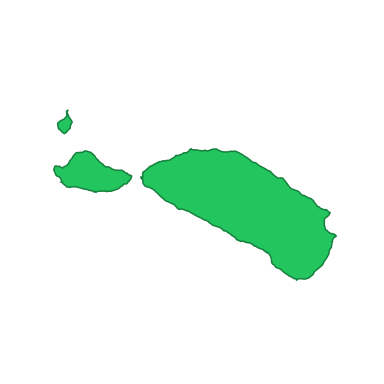 Nguna, Shefa, Vanuatu, rotated 151°
{"feature_id": "77236927B53678457839449", "entity_name": "Nguna", "entity_type": "district", "adm_level": 2, "iso_a3": "VUT", "parent_name": "Vanuatu", "parent_adm1": "Shefa", "projection": "orthographic", "projection_center": [168.363, -17.466], "detail": "fine", "context": "isolated", "style": "filled", "palette": "green", "viewbox_px": 384, "rotation_deg": 151, "n_neighbors": 0, "source": "geoboundaries", "source_scale": "gbopen_adm2", "svg_char_len": 5986}
<svg xmlns="http://www.w3.org/2000/svg" viewBox="0 0 384 384"><g transform="rotate(151 192 192)"><path d="M91.0,128.2L92.8,130.4L93.2,130.6L93.8,131.4L94.1,132.3L94.8,133.1L95.2,134.2L96.2,135.0L96.6,135.2L97.1,135.9L97.7,137.1L98.1,139.5L98.8,141.2L102.0,145.0L102.8,145.7L103.8,147.3L104.4,149.3L104.9,154.1L105.6,158.4L105.9,159.2L105.9,160.1L106.2,160.5L106.9,160.7L107.5,161.4L108.9,161.8L109.3,162.1L109.9,162.4L110.5,163.2L112.5,167.7L113.0,170.1L113.7,172.5L114.5,173.4L115.2,173.8L116.3,176.1L117.1,177.5L120.4,182.4L121.7,185.6L122.1,186.7L124.5,188.6L125.8,192.1L127.2,195.3L128.4,197.3L130.1,200.7L132.8,204.9L134.7,207.0L136.7,207.8L138.2,208.8L141.7,209.9L144.5,211.5L146.3,212.8L148.5,215.6L149.9,217.9L150.3,218.1L151.3,218.3L152.5,219.3L154.4,219.6L154.9,219.8L156.3,219.9L158.9,220.4L160.4,222.3L162.1,222.5L162.6,222.8L166.1,225.2L167.3,226.4L171.4,228.8L171.5,229.5L171.8,230.2L172.9,230.2L173.7,230.0L174.6,229.5L176.3,229.0L178.2,229.2L180.4,230.3L182.5,230.0L186.4,230.7L187.5,231.1L188.1,231.8L188.4,231.8L188.9,231.6L189.3,231.2L190.0,231.0L196.4,230.8L199.5,232.1L201.0,232.3L201.4,232.9L202.9,233.6L204.3,233.6L205.0,233.9L205.5,234.3L206.9,234.3L208.3,234.6L210.4,234.4L211.8,234.7L212.4,234.4L213.2,234.4L216.9,234.8L218.1,234.3L220.0,233.9L222.3,233.3L223.8,233.2L224.3,233.3L225.0,233.1L226.1,232.3L227.2,230.1L227.8,229.3L228.3,228.2L228.7,228.0L229.0,229.6L229.3,229.9L229.5,229.9L229.8,229.4L229.7,227.9L229.2,226.8L229.2,226.4L229.5,225.7L230.5,223.7L230.6,222.3L230.2,220.3L229.4,218.9L228.1,217.5L227.3,217.0L225.4,214.3L224.1,211.7L223.2,208.8L222.8,207.8L221.5,202.9L220.5,200.6L219.6,197.6L218.6,196.1L217.7,195.2L216.9,193.9L215.6,192.3L214.4,190.4L213.8,189.8L213.3,188.2L212.7,184.9L212.2,183.7L211.6,183.0L211.0,182.7L209.6,182.4L207.9,180.9L207.3,179.9L206.2,178.9L205.7,177.9L205.3,177.5L204.8,177.5L204.2,177.0L203.3,174.8L202.7,174.0L199.6,168.8L196.4,164.4L194.9,161.8L192.6,159.3L192.2,158.7L192.2,157.9L192.0,157.4L190.2,153.4L189.5,152.4L187.3,150.1L185.3,147.9L184.2,146.4L182.9,142.5L182.6,142.2L181.6,142.0L180.3,139.4L179.8,138.0L179.4,137.7L179.0,137.2L178.1,134.2L177.2,133.0L176.5,131.4L175.9,128.4L175.5,128.4L175.2,128.1L175.1,127.3L174.8,126.9L174.2,126.5L173.2,125.0L172.3,124.8L171.3,123.9L170.6,123.8L170.1,123.3L169.6,122.0L168.8,121.8L168.4,121.0L167.4,120.3L166.9,119.8L166.2,119.7L165.8,119.4L165.4,118.3L164.8,117.6L164.7,117.0L164.2,116.2L164.2,115.7L163.5,114.3L162.5,113.5L162.1,112.6L159.9,109.4L157.7,107.4L157.6,106.0L157.6,105.9L156.9,105.6L156.8,105.4L156.8,104.8L156.9,104.6L156.9,104.2L155.9,103.7L155.9,102.3L155.7,102.2L155.1,102.2L154.9,102.0L154.5,98.9L154.6,97.0L155.3,94.2L156.1,92.7L156.5,91.6L156.5,90.3L156.2,89.4L155.5,88.4L155.2,85.7L155.0,85.2L154.4,84.5L153.0,83.1L151.5,80.5L150.8,77.7L148.1,72.4L147.8,71.5L146.3,69.8L145.6,68.0L144.7,66.9L143.2,65.6L143.1,65.4L143.3,65.1L143.3,64.4L143.2,64.2L142.4,64.3L142.0,64.5L140.1,64.1L138.5,63.3L137.5,62.3L135.0,60.9L131.5,60.2L126.5,61.1L125.4,61.6L124.6,62.3L123.6,62.9L122.7,63.2L118.7,63.8L117.3,64.2L116.2,64.3L113.5,64.9L112.3,65.5L110.3,67.1L105.7,69.3L104.1,70.4L103.2,70.9L102.2,71.7L101.9,72.4L101.5,72.7L100.7,73.9L99.7,74.5L98.7,75.4L97.3,75.8L95.6,77.7L94.4,79.6L93.6,80.3L93.0,80.6L93.1,81.2L92.2,82.1L88.9,83.8L88.4,83.3L87.4,83.4L87.2,83.8L87.6,85.3L88.4,86.5L89.7,87.8L90.5,88.1L91.0,88.7L91.4,89.7L92.0,90.5L92.4,92.4L93.2,94.0L93.6,94.7L93.6,95.0L92.9,96.0L92.5,98.4L91.6,100.4L91.1,101.0L90.2,102.8L89.3,104.1L88.1,104.7L85.3,104.9L83.3,105.5L81.2,107.1L81.4,107.5L82.0,107.9L82.2,108.3L82.9,111.3L83.1,111.5L84.0,111.7L84.5,112.2L85.1,112.6L87.5,115.4L88.1,117.4L89.1,118.4L89.6,120.3L89.7,121.9L90.0,122.9L90.1,126.2L90.7,127.0L91.0,128.2ZM265.3,279.7L267.5,279.9L268.3,279.7L269.0,279.7L270.1,280.7L271.1,281.2L272.3,281.2L272.8,281.9L273.5,282.3L274.6,282.4L275.3,282.0L276.7,281.8L279.3,280.6L281.1,279.4L283.8,278.5L285.5,277.3L286.1,276.5L287.2,276.5L287.9,276.2L289.3,275.9L292.5,276.1L292.9,275.7L293.2,275.7L293.8,275.9L294.4,276.8L295.0,277.4L295.4,278.8L296.9,279.3L297.9,280.4L298.6,280.9L299.5,280.9L300.0,280.6L300.9,279.4L301.9,278.9L302.2,278.1L302.4,275.4L302.6,274.2L302.8,272.5L302.6,272.0L302.1,271.1L300.8,269.7L300.5,268.7L300.4,266.5L300.6,265.9L300.7,264.7L300.8,264.4L301.8,264.2L300.8,262.7L300.7,262.7L300.7,261.8L299.9,259.7L299.6,259.5L299.2,257.3L298.8,256.9L296.9,255.6L296.3,255.0L294.4,254.9L292.8,253.7L291.2,253.0L290.1,252.2L290.0,251.8L288.0,250.0L286.7,248.6L284.5,246.5L283.0,245.6L281.4,243.6L278.3,241.0L278.2,240.3L277.7,240.2L277.5,239.5L277.4,239.3L276.4,239.3L276.2,238.4L275.9,238.3L274.2,238.3L273.6,238.0L271.6,237.2L270.8,236.6L269.1,235.8L267.9,235.0L267.0,234.7L266.6,233.8L265.6,233.5L263.9,232.7L263.1,232.5L262.1,231.8L255.7,230.7L253.5,230.7L251.9,231.2L249.8,231.2L248.3,231.8L247.2,231.9L246.0,231.0L244.9,230.9L243.9,231.1L242.8,232.0L242.5,232.1L241.9,231.9L241.0,232.1L240.5,232.7L239.6,232.9L238.6,233.5L238.3,234.2L237.1,235.0L237.1,235.4L237.4,235.8L237.7,236.6L238.8,237.4L239.2,238.3L239.5,238.7L239.5,239.8L239.7,240.0L240.3,240.1L240.9,240.8L241.4,242.6L242.0,243.4L242.5,244.7L243.8,245.7L244.6,246.0L247.8,247.9L249.0,248.9L250.7,250.7L252.0,253.4L253.3,254.7L253.8,254.9L255.1,255.9L255.9,256.8L256.6,259.7L258.3,263.2L258.8,266.0L259.1,266.0L259.1,266.4L259.6,268.3L259.6,270.7L259.9,272.0L260.4,273.2L260.5,273.2L260.5,273.6L261.0,275.1L261.8,276.3L263.2,277.5L263.5,278.1L264.0,278.4L265.3,279.7ZM261.0,323.5L261.1,323.8L261.6,323.8L262.5,323.4L263.8,320.7L264.1,319.8L265.3,318.9L268.3,317.8L269.9,317.8L272.3,318.1L274.3,317.8L275.7,317.4L276.4,316.8L276.9,316.0L276.9,315.1L277.3,314.7L277.5,314.3L277.6,313.2L277.9,312.7L278.0,311.7L277.8,311.0L277.0,310.4L277.0,309.3L276.8,308.2L275.5,305.1L274.9,305.0L273.3,305.1L269.2,306.6L267.8,306.7L266.9,308.0L266.4,308.7L265.2,309.7L263.3,310.9L262.9,311.3L262.8,312.2L263.2,317.3L263.0,319.1L263.0,319.9L262.8,321.6L262.4,322.7L261.0,323.5Z" fill="#22c55e" stroke="#15803d" stroke-width="1.5"/></g></svg>